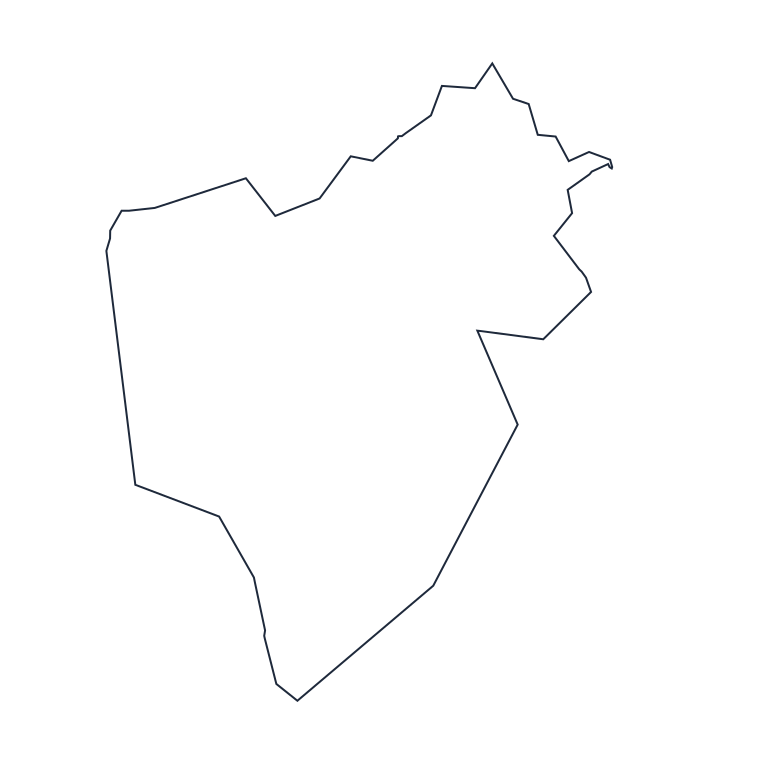 Lenoir, North Carolina, United States of America (Robinson projection), rotated 350°
{"feature_id": "52423323B80658823199099", "entity_name": "Lenoir", "entity_type": "district", "adm_level": 2, "iso_a3": "USA", "parent_name": "United States of America", "parent_adm1": "North Carolina", "projection": "robinson", "projection_center": [-77.584, 35.217], "detail": "fine", "context": "isolated", "style": "outline", "palette": "slate", "viewbox_px": 768, "rotation_deg": 350, "n_neighbors": 0, "source": "geoboundaries", "source_scale": "gbopen_adm2", "svg_char_len": 885}
<svg xmlns="http://www.w3.org/2000/svg" viewBox="0 0 768 768"><g transform="rotate(350 384 384)"><path d="M548.6,367.6L603.9,329.3L601.4,314.4L598.2,307.7L596.2,305.0L577.0,267.6L598.9,248.4L598.6,224.7L622.8,213.2L625.5,210.9L642.9,206.3L643.8,209.6L645.7,211.3L646.4,210.0L645.6,202.4L626.2,191.1L604.7,196.6L596.0,170.1L578.7,165.3L575.1,133.4L560.6,125.5L546.3,87.1L525.0,108.5L492.8,100.5L476.9,127.6L449.3,140.6L444.6,143.0L441.6,142.5L440.8,142.6L440.3,144.5L411.7,162.2L390.8,154.0L352.8,190.1L306.1,199.6L283.7,157.4L251.9,161.9L188.8,170.8L163.2,169.1L155.7,167.8L141.0,185.4L139.5,193.1L133.7,204.7L127.8,319.7L127.4,327.7L121.6,440.1L198.6,485.9L222.3,552.0L222.4,556.5L224.1,606.0L222.3,611.2L222.4,613.9L225.9,660.7L243.7,680.9L397.5,591.2L411.9,572.5L423.4,557.6L508.6,447.2L485.2,347.7L487.9,348.5L548.6,367.6Z" fill="none" stroke="#1e293b" stroke-width="2"/></g></svg>